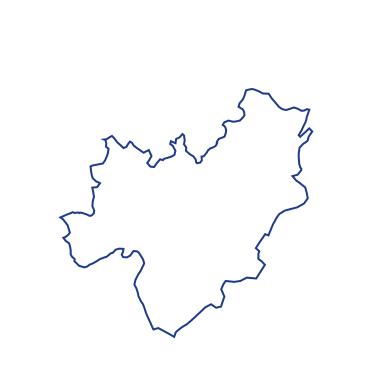 the district of Kirkuk, At-Ta'mim, Iraq, rotated 35°
{"feature_id": "34846034B87837000735792", "entity_name": "Kirkuk", "entity_type": "district", "adm_level": 2, "iso_a3": "IRQ", "parent_name": "Iraq", "parent_adm1": "At-Ta'mim", "projection": "natural_earth1", "projection_center": [44.437, 35.515], "detail": "fine", "context": "isolated", "style": "outline", "palette": "blue", "viewbox_px": 384, "rotation_deg": 35, "n_neighbors": 0, "source": "geoboundaries", "source_scale": "gbopen_adm2", "svg_char_len": 3443}
<svg xmlns="http://www.w3.org/2000/svg" viewBox="0 0 384 384"><g transform="rotate(35 192 192)"><path d="M98.8,288.3L101.7,288.3L105.9,289.5L109.2,290.6L112.9,293.5L115.2,295.3L115.2,298.1L114.3,301.0L112.9,303.3L116.6,304.5L120.8,304.5L123.6,306.8L126.4,309.7L128.3,312.6L130.7,313.8L134.4,314.3L135.3,316.1L141.9,317.2L147.0,315.5L148.9,313.2L149.8,310.3L151.7,307.4L153.1,304.5L155.0,299.9L157.8,295.8L159.2,294.1L160.6,288.9L162.0,287.2L162.5,283.1L164.8,280.2L168.5,277.9L169.9,280.8L170.4,283.7L172.8,284.8L176.0,283.1L177.9,279.6L177.9,273.9L181.2,272.1L183.0,272.1L188.6,274.4L191.0,275.6L193.8,277.9L195.2,286.6L195.2,290.1L196.1,296.4L198.0,301.0L201.7,302.8L205.5,305.7L207.8,308.0L213.0,310.9L216.2,312.0L219.5,314.3L224.2,317.8L227.0,319.5L234.0,323.6L238.7,326.5L239.3,326.7L242.4,322.8L254.4,321.4L260.5,320.9L259.3,316.7L259.3,315.3L261.2,308.8L263.8,302.8L265.3,296.7L267.6,286.0L269.1,278.6L272.1,273.0L278.1,273.0L281.5,269.3L278.5,259.1L274.0,256.3L271.7,254.9L270.6,249.3L270.6,245.6L278.1,241.4L282.6,237.2L286.0,230.7L293.6,226.4L294.2,226.0L293.5,209.8L288.6,208.8L285.9,208.8L284.8,208.8L283.3,206.5L281.8,204.6L281.1,201.9L276.5,201.4L276.2,193.9L276.2,188.8L276.1,184.6L279.5,183.7L277.2,173.5L276.9,172.1L276.1,164.6L276.1,160.0L278.7,154.0L280.7,151.6L287.0,144.2L290.4,137.2L290.4,130.7L286.6,127.0L282.1,123.3L274.6,122.8L270.8,122.8L265.2,121.4L267.1,119.1L268.6,117.2L268.9,113.0L268.9,111.2L268.2,110.2L266.7,109.8L263.7,107.5L258.4,100.9L257.3,99.1L254.7,94.0L255.4,88.9L256.2,87.0L257.3,83.7L255.8,79.6L255.8,73.5L251.6,72.6L249.0,84.7L246.8,84.2L246.4,78.6L245.6,74.4L244.9,69.8L244.1,67.0L243.0,64.7L240.9,57.3L238.5,58.3L237.2,60.9L235.3,62.6L230.9,63.2L227.2,64.2L226.1,65.5L224.5,67.8L222.2,70.7L219.5,72.0L217.4,72.4L214.5,72.4L206.8,70.4L203.1,69.4L198.4,67.5L196.0,69.1L193.4,70.7L189.2,71.1L183.9,72.4L182.0,73.3L179.7,75.6L178.0,77.7L179.7,82.9L180.6,86.8L180.1,92.1L181.2,95.5L186.1,95.2L188.8,96.5L191.0,99.2L191.0,101.0L190.3,105.8L188.4,108.1L185.8,110.6L183.5,111.6L180.9,112.6L178.5,116.4L178.8,119.5L181.5,119.5L184.4,121.6L185.8,124.2L186.9,128.0L185.3,130.5L183.5,133.2L183.5,135.9L184.0,137.6L184.6,137.6L184.9,139.7L184.9,140.7L183.4,143.9L182.1,145.5L181.2,148.7L181.4,150.3L181.4,152.7L181.2,155.9L179.5,157.5L181.0,159.3L181.9,160.4L181.9,163.1L179.7,165.5L178.2,165.2L176.5,163.3L172.6,162.0L168.5,162.3L163.4,161.7L161.7,158.8L158.0,157.5L156.5,154.0L153.1,150.3L150.9,150.0L150.5,154.3L148.6,157.7L150.5,161.5L145.6,162.5L146.6,165.2L149.9,165.2L154.8,167.8L156.3,171.6L155.2,174.2L153.1,177.1L149.9,181.1L149.9,182.6L147.1,183.5L146.6,188.7L146.6,193.3L143.3,195.1L138.7,193.9L138.7,191.0L138.2,185.8L132.6,182.4L131.7,184.1L129.8,187.6L126.1,187.6L120.9,187.6L120.6,187.6L119.5,187.4L118.8,187.5L118.6,187.6L117.7,187.4L114.5,186.1L112.3,186.3L112.1,189.5L112.4,192.6L110.7,195.3L107.0,194.7L102.5,194.2L97.6,192.6L94.3,192.0L92.8,195.1L91.7,197.8L89.8,199.5L91.4,199.2L93.8,201.2L95.7,204.3L98.8,204.4L100.9,208.6L101.9,212.3L102.7,216.1L102.6,219.8L100.8,221.7L95.7,226.9L94.2,229.2L96.8,232.2L100.4,235.9L102.9,237.7L107.4,238.3L111.6,237.5L111.5,242.4L107.8,245.6L111.1,248.7L114.4,252.1L116.1,256.6L118.5,260.7L122.5,263.3L123.8,265.7L123.3,268.8L121.8,270.3L118.9,270.7L114.2,272.1L112.4,272.9L111.7,274.0L110.9,273.9L109.7,274.7L107.8,276.6L105.6,277.1L105.0,278.6L103.5,280.7L102.2,282.6L101.0,284.7L98.8,288.3Z" fill="none" stroke="#1e3a8a" stroke-width="2"/></g></svg>